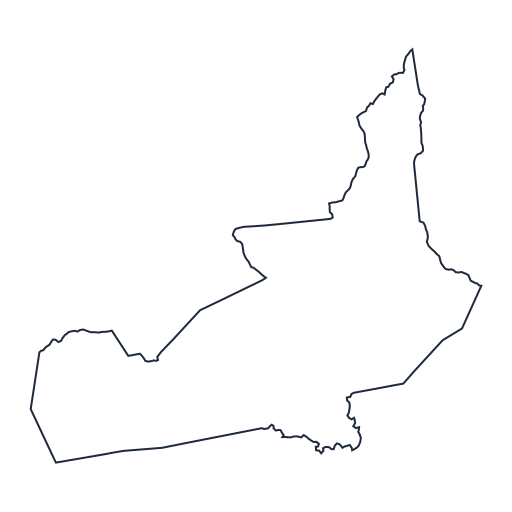 Mundo Novo, Bahia, Brazil
{"feature_id": "56859067B88529686936311", "entity_name": "Mundo Novo", "entity_type": "district", "adm_level": 2, "iso_a3": "BRA", "parent_name": "Brazil", "parent_adm1": "Bahia", "projection": "robinson", "projection_center": [-40.513, -11.871], "detail": "fine", "context": "isolated", "style": "outline", "palette": "slate", "viewbox_px": 512, "rotation_deg": 0, "n_neighbors": 0, "source": "geoboundaries", "source_scale": "gbopen_adm2", "svg_char_len": 3719}
<svg xmlns="http://www.w3.org/2000/svg" viewBox="0 0 512 512"><path d="M423.4,222.6L419.7,221.3L414.1,164.7L414.1,161.6L414.8,159.2L415.6,156.9L417.4,154.5L420.9,153.1L423.1,150.6L422.7,146.0L421.5,143.0L421.4,140.4L421.4,137.5L421.2,133.2L420.8,128.2L420.3,124.9L421.1,122.3L419.8,118.6L420.2,115.5L421.1,112.9L423.0,110.7L423.2,108.2L422.8,105.9L424.2,104.1L424.7,101.8L425.2,98.6L422.6,95.6L419.9,94.0L417.8,84.9L412.3,49.4L410.1,51.3L408.8,53.4L406.1,56.5L404.7,61.0L403.9,64.3L403.7,67.3L404.4,70.1L403.0,72.9L399.0,72.9L396.4,74.2L394.4,74.4L391.9,76.4L393.6,79.4L392.8,82.4L390.1,83.7L388.3,86.8L386.3,87.2L385.4,90.1L384.6,94.5L382.3,93.3L380.1,94.2L378.5,95.9L376.4,98.4L374.3,101.3L372.8,104.1L370.5,103.2L368.9,105.9L367.1,107.4L366.0,111.0L362.1,112.9L359.2,115.0L357.1,117.1L358.0,119.6L358.8,122.4L359.5,125.6L361.5,128.8L363.3,130.9L364.6,133.7L364.9,137.1L365.0,140.2L365.3,142.6L366.2,145.5L366.8,148.4L367.7,150.6L368.5,153.6L368.8,156.9L367.7,159.7L366.3,161.6L365.7,163.9L364.6,166.3L362.6,167.1L360.5,167.1L358.2,167.8L356.9,170.3L356.3,172.5L355.2,176.4L352.8,179.1L351.4,182.4L350.9,185.1L349.9,188.2L347.7,190.5L345.9,192.3L344.5,195.0L343.8,197.4L342.3,200.5L338.9,201.3L335.6,202.3L332.2,202.5L329.0,203.5L329.7,206.2L329.6,208.7L329.9,212.2L332.1,214.1L332.7,217.5L330.4,218.9L277.2,224.3L263.5,225.6L261.3,225.7L253.0,226.3L243.9,226.8L238.6,228.0L235.5,229.0L233.8,231.6L232.8,235.1L234.6,237.2L235.5,239.3L237.3,241.1L240.3,241.8L242.3,244.2L243.0,249.0L243.6,253.2L245.3,257.2L247.0,259.8L248.5,261.5L250.0,264.6L251.2,267.1L253.6,267.8L256.1,269.7L259.0,272.0L261.2,274.1L263.3,275.9L265.9,277.8L262.3,280.2L259.4,281.6L245.1,288.5L230.3,295.7L200.1,310.2L176.1,336.2L173.4,339.2L161.0,352.0L159.3,354.3L157.3,356.9L158.0,360.1L156.1,360.8L153.8,360.4L151.0,361.2L148.1,361.6L145.4,360.9L143.9,358.4L142.1,356.0L139.9,353.7L128.3,355.9L124.4,349.9L111.8,330.6L108.7,331.4L104.3,331.9L101.7,331.9L98.9,332.6L96.3,332.3L93.8,332.2L90.7,332.2L87.2,331.0L83.3,329.5L80.0,330.0L77.5,331.6L74.8,330.8L71.1,331.4L68.6,332.1L66.9,333.7L64.8,335.1L62.6,338.0L61.0,341.0L58.3,342.0L55.5,339.7L52.9,339.5L51.4,341.6L49.4,344.8L47.3,346.1L45.2,347.7L43.4,350.2L41.1,350.8L39.4,352.3L30.7,409.1L54.2,459.1L55.9,462.6L107.1,453.8L112.6,452.7L118.5,451.7L123.4,450.9L162.1,447.8L187.7,442.7L261.7,428.2L264.2,429.0L268.1,428.3L270.1,426.0L271.8,424.7L273.6,426.0L273.6,428.3L275.9,430.6L278.0,430.0L280.5,430.1L282.3,433.3L283.7,435.1L282.4,437.1L285.6,437.0L288.5,437.3L291.1,437.3L293.5,436.5L297.3,436.4L301.3,437.4L303.7,435.1L306.5,436.8L308.8,438.9L311.0,440.4L313.6,442.0L316.4,441.8L318.9,443.9L318.0,446.5L315.8,446.8L316.1,450.3L319.1,450.6L321.2,453.3L323.5,450.7L323.0,448.3L325.5,446.9L329.1,447.2L331.4,449.1L333.7,449.2L334.8,445.7L336.9,443.4L339.6,444.3L341.2,446.1L342.5,447.8L344.5,446.5L346.8,445.9L349.8,445.0L351.7,447.8L352.2,450.3L354.5,449.1L357.0,447.5L358.9,445.3L360.2,441.9L360.9,437.9L359.6,434.2L358.2,431.8L358.9,429.6L359.1,427.2L356.0,428.1L353.3,426.2L355.0,423.4L354.9,420.7L354.0,417.8L351.7,419.3L349.3,418.1L347.4,415.5L348.9,412.3L349.6,408.1L349.8,404.8L349.1,402.2L347.1,400.5L346.9,397.5L350.3,396.9L351.3,394.2L353.7,392.8L399.4,384.3L403.1,383.7L405.9,380.7L413.3,372.2L440.2,342.9L442.7,340.2L462.0,328.5L481.3,285.8L479.2,285.5L477.5,283.6L475.5,283.2L473.5,282.1L470.7,280.7L469.5,277.9L468.4,275.1L465.9,273.7L463.8,273.0L461.6,272.0L458.5,272.5L455.7,272.2L453.5,270.1L451.1,269.3L448.9,269.7L445.9,269.1L444.0,267.3L442.5,265.0L441.1,263.2L440.2,259.9L439.3,256.2L436.5,253.8L434.4,251.4L432.1,249.5L430.4,247.8L428.5,245.7L426.9,241.8L427.9,237.2L427.3,232.6L425.9,229.3L425.2,226.0L423.4,222.6Z" fill="none" stroke="#1e293b" stroke-width="2"/></svg>